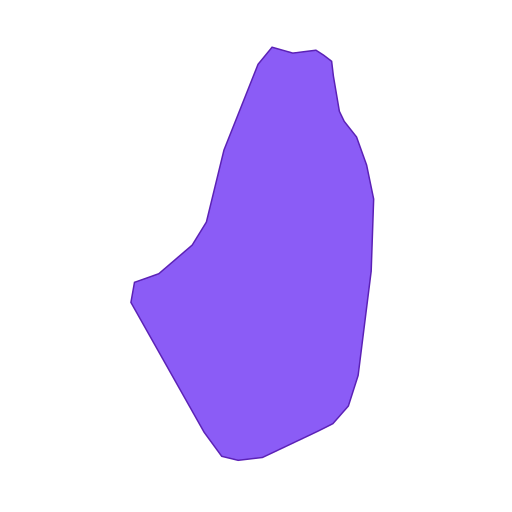 the district of Pollap, Federated States of Micronesia, rotated 162°
{"feature_id": "79324940B96259147967275", "entity_name": "Pollap", "entity_type": "district", "adm_level": 2, "iso_a3": "FSM", "parent_name": "Federated States of Micronesia", "parent_adm1": "", "projection": "natural_earth1", "projection_center": [149.429, 7.637], "detail": "fine", "context": "isolated", "style": "filled", "palette": "violet", "viewbox_px": 512, "rotation_deg": 162, "n_neighbors": 0, "source": "geoboundaries", "source_scale": "gbopen_adm2", "svg_char_len": 500}
<svg xmlns="http://www.w3.org/2000/svg" viewBox="0 0 512 512"><g transform="rotate(162 256 256)"><path d="M336.1,67.2L312.1,62.4L251.0,70.3L234.7,72.8L214.5,84.8L195.8,110.8L151.1,206.1L126.5,273.8L122.7,308.3L123.6,338.1L130.5,356.8L132.0,367.8L126.8,403.2L123.9,417.8L129.7,426.2L135.4,433.2L158.3,437.6L176.2,449.6L194.8,437.7L253.7,366.7L292.7,303.6L313.3,286.1L353.9,269.2L379.7,268.5L389.3,250.5L359.8,104.4L350.5,76.1L336.1,67.2Z" fill="#8b5cf6" stroke="#5b21b6" stroke-width="1.5"/></g></svg>